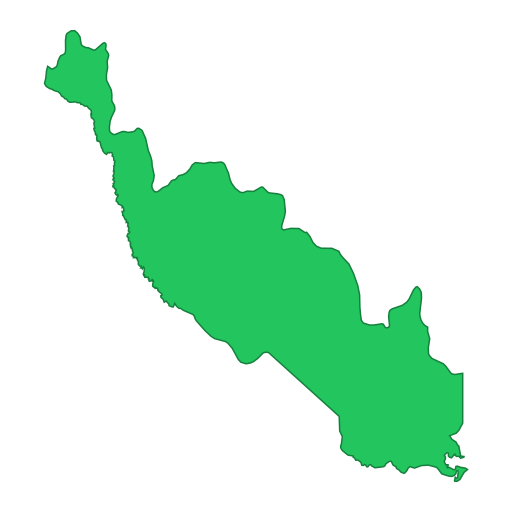 the district of Codajás, Amazonas, Brazil
{"feature_id": "56859067B38130670878820", "entity_name": "Codajás", "entity_type": "district", "adm_level": 2, "iso_a3": "BRA", "parent_name": "Brazil", "parent_adm1": "Amazonas", "projection": "equal_earth", "projection_center": [-63.147, -3.128], "detail": "fine", "context": "isolated", "style": "filled", "palette": "green", "viewbox_px": 512, "rotation_deg": 0, "n_neighbors": 0, "source": "geoboundaries", "source_scale": "gbopen_adm2", "svg_char_len": 6012}
<svg xmlns="http://www.w3.org/2000/svg" viewBox="0 0 512 512"><path d="M419.6,289.0L417.3,286.7L415.9,287.1L413.5,289.9L409.2,298.9L406.8,302.1L402.2,305.4L392.2,308.8L389.9,310.4L389.2,312.1L388.6,316.2L389.5,325.4L388.8,327.3L386.2,327.9L385.3,327.4L383.2,324.1L381.9,323.8L374.0,325.0L369.5,325.0L363.4,323.1L361.4,320.4L360.7,316.0L359.9,307.6L359.6,294.8L357.8,285.7L353.4,273.2L348.9,264.0L342.5,257.2L340.2,254.2L338.9,251.3L331.8,248.3L321.1,248.2L316.4,246.2L313.0,242.6L310.0,236.7L306.7,232.3L305.4,232.6L304.1,232.0L298.9,228.5L290.7,228.4L283.7,229.9L282.5,229.6L281.7,228.1L281.7,225.8L284.6,216.0L285.4,211.4L284.2,199.5L282.5,195.7L281.0,194.7L277.5,193.8L269.3,192.9L267.7,192.1L262.7,187.1L261.4,187.0L253.6,191.4L247.1,191.1L243.1,192.7L240.0,192.1L235.2,188.3L231.5,183.1L230.0,179.4L228.5,173.3L224.6,164.3L223.1,162.8L221.1,162.0L214.3,162.8L209.8,162.3L204.2,163.5L195.3,162.6L192.3,164.9L189.7,169.2L186.4,172.8L183.0,174.6L178.8,175.7L175.4,179.6L173.1,180.0L171.4,180.9L168.1,185.4L162.7,187.8L158.0,191.5L156.0,192.0L154.6,191.6L153.4,190.4L152.0,187.4L151.9,184.6L153.5,180.2L154.2,175.6L152.2,165.8L151.8,160.5L150.4,155.6L148.4,150.8L145.6,138.4L142.1,130.5L138.9,128.3L137.2,128.4L134.3,131.3L132.7,131.8L127.9,132.4L124.3,131.5L122.1,131.6L115.0,134.5L113.4,134.5L110.2,132.3L109.5,130.1L109.4,127.1L110.1,121.3L111.6,116.9L114.6,110.6L114.9,108.9L114.5,105.8L111.8,100.9L111.9,94.8L111.3,90.1L106.5,80.2L106.4,74.7L107.6,67.8L107.2,61.2L108.7,55.5L108.3,53.7L105.5,49.3L106.1,45.4L105.7,43.5L104.3,42.7L102.9,43.3L95.3,49.9L93.6,50.1L88.5,47.8L85.6,47.5L82.2,45.7L81.2,44.3L80.0,36.9L77.4,33.0L74.7,30.7L71.1,30.8L67.0,33.5L66.1,35.3L65.5,40.3L65.6,50.3L65.1,53.1L64.0,54.2L60.8,55.7L59.8,57.1L58.1,60.9L57.2,65.3L56.4,66.7L52.5,69.1L50.9,68.6L47.7,66.3L46.5,70.8L45.8,78.1L44.5,83.5L46.2,86.3L49.5,88.5L53.1,89.7L53.4,90.3L58.2,91.8L60.5,93.9L61.5,96.0L63.9,97.3L64.6,98.6L66.6,99.2L68.0,101.3L70.0,102.3L75.5,101.9L77.3,102.7L79.9,102.7L80.9,104.4L82.3,104.3L84.4,106.0L87.3,106.3L88.5,108.1L91.2,110.4L91.5,114.0L91.0,113.8L90.9,114.6L91.4,117.7L93.7,119.4L94.6,122.0L93.8,123.0L94.7,128.1L94.2,128.0L93.8,128.8L94.6,131.3L95.4,132.2L95.3,133.8L95.6,134.6L96.0,134.3L97.1,135.9L96.6,137.7L97.0,140.7L97.4,141.1L98.0,140.5L98.9,141.5L99.9,141.6L101.5,147.9L102.6,149.2L102.6,150.6L104.6,153.2L106.6,154.4L107.6,152.4L109.2,153.0L110.1,152.4L111.9,152.8L112.6,154.5L112.1,155.9L113.4,156.7L113.9,160.5L115.0,161.2L114.4,162.9L114.5,165.3L113.6,166.1L114.0,166.7L113.5,171.3L114.1,171.1L114.2,172.5L113.7,174.7L113.1,175.3L113.1,176.6L114.2,177.9L113.6,178.1L112.9,179.7L113.7,179.7L114.5,181.5L114.0,181.8L114.3,182.4L114.0,183.4L113.2,183.6L113.8,186.0L112.8,186.0L113.0,186.9L113.6,186.9L114.8,188.8L115.4,188.7L115.9,189.3L115.8,192.5L115.1,192.6L115.1,193.3L116.1,194.8L116.8,195.1L117.6,194.4L118.2,195.5L116.4,198.9L116.2,201.2L117.7,202.3L118.3,204.0L122.2,205.8L122.1,207.5L123.1,207.0L124.0,210.8L123.2,211.0L122.8,212.4L122.2,212.0L122.9,214.6L122.7,215.5L123.5,215.9L125.2,219.6L126.2,219.6L126.2,221.9L126.7,221.4L127.2,221.9L126.8,222.5L127.2,222.8L127.8,222.3L128.2,223.1L127.6,226.0L128.2,226.1L128.6,226.9L128.4,227.5L128.9,227.6L128.9,229.0L128.3,230.5L128.5,231.2L129.8,232.0L128.8,233.4L128.1,233.4L127.0,236.0L127.5,237.1L128.5,237.5L128.9,238.3L128.4,238.6L128.5,240.7L129.7,241.2L130.1,242.0L130.7,243.4L130.2,243.7L130.4,246.0L131.1,248.0L131.5,247.3L132.5,249.5L132.4,251.1L132.9,251.6L133.2,253.4L132.2,254.2L132.1,255.8L133.8,256.4L133.4,257.7L136.7,257.5L136.6,258.4L137.4,258.3L137.4,260.1L138.3,261.3L138.3,264.2L139.6,266.0L141.2,266.1L141.5,266.8L140.7,267.9L142.0,268.1L142.3,268.8L143.4,267.0L144.3,267.9L144.1,271.7L143.3,273.9L143.7,275.4L144.4,274.9L144.7,275.5L144.8,277.3L148.2,277.3L148.4,279.0L149.1,279.0L148.9,280.7L149.4,281.3L151.2,280.8L151.6,280.0L152.1,280.0L152.4,281.1L152.9,280.9L152.8,280.0L153.2,280.3L153.6,281.6L152.8,283.6L152.7,286.3L154.7,287.8L155.3,287.5L155.4,288.4L157.2,288.1L157.7,288.7L157.9,290.5L158.5,290.5L159.0,291.7L161.8,293.8L162.0,295.1L160.8,295.7L160.9,297.3L163.2,299.3L164.2,302.2L166.2,301.1L168.8,304.0L169.1,305.7L172.0,306.9L173.3,306.9L174.7,303.4L176.6,306.3L179.1,308.4L180.7,308.4L183.3,310.3L193.0,314.5L194.1,315.8L195.4,319.4L196.7,321.2L204.8,330.4L210.9,336.2L214.6,338.6L225.6,341.6L228.0,343.3L232.3,348.4L238.4,359.6L240.8,362.2L246.2,363.8L250.7,362.9L253.4,361.7L257.5,358.6L263.2,352.9L265.7,352.2L268.5,352.5L339.2,416.4L339.7,431.0L342.3,436.5L341.4,444.1L340.7,445.7L340.7,447.7L341.4,449.2L342.6,450.8L348.0,455.1L353.2,456.0L353.1,457.1L354.6,458.1L355.7,460.2L358.0,460.1L360.9,462.2L361.8,465.3L363.4,465.4L364.7,464.5L365.4,464.8L366.9,466.9L367.8,466.8L369.5,464.8L370.7,464.6L371.6,465.9L375.0,467.8L383.4,466.7L384.5,466.2L386.1,463.6L389.4,461.4L390.8,461.2L391.4,461.6L393.0,465.0L396.3,467.1L396.5,468.5L398.8,469.8L400.8,472.0L403.8,473.3L405.0,472.8L407.0,470.5L408.0,468.3L409.9,466.6L414.5,468.1L421.3,465.6L428.3,465.1L436.1,467.2L437.5,468.2L441.8,473.9L448.8,476.1L451.8,476.4L454.3,475.4L455.9,473.7L456.4,471.0L457.8,470.6L458.2,472.2L457.6,477.5L456.4,478.3L455.3,477.3L454.5,480.6L454.9,481.3L457.2,481.2L459.9,479.5L464.1,472.4L467.5,469.5L465.1,468.0L460.8,467.4L457.4,466.1L455.9,466.5L455.5,468.9L454.1,469.9L448.9,467.2L447.7,467.9L447.0,467.2L447.0,466.3L448.1,465.7L448.1,464.8L445.6,464.6L444.2,461.1L445.3,459.4L445.5,457.1L444.3,455.6L446.5,452.9L447.3,452.7L448.4,453.2L448.4,456.0L449.7,457.3L451.6,457.8L454.5,454.2L455.0,454.2L455.2,455.4L456.7,456.4L459.6,456.4L459.6,457.2L460.7,458.2L463.8,457.2L464.0,456.5L460.7,456.0L458.8,446.0L457.7,445.2L456.0,442.0L452.0,439.4L449.6,435.7L456.4,433.1L459.2,429.8L462.7,423.1L462.7,373.3L454.9,374.5L452.1,373.9L450.8,373.0L445.6,366.0L443.2,363.7L432.0,358.5L429.3,355.5L428.5,353.6L428.3,347.6L429.7,338.8L427.6,331.3L427.7,327.2L424.9,325.5L422.6,323.0L420.9,319.8L420.0,316.0L419.7,313.8L421.5,298.3L421.4,294.2L421.1,292.0L419.6,289.0Z" fill="#22c55e" stroke="#15803d" stroke-width="1.5"/></svg>